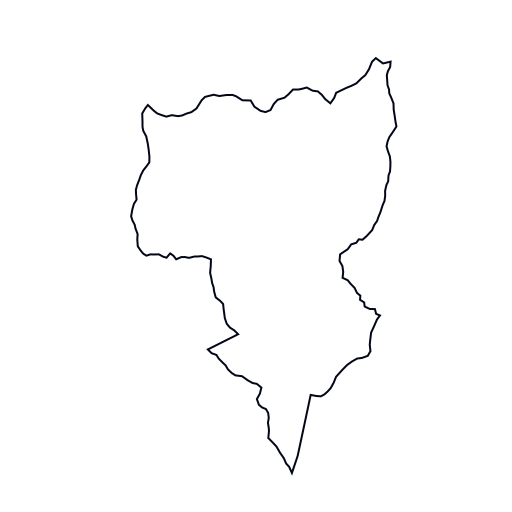 Águas de Santa Bárbara, São Paulo, Brazil (Mercator projection), rotated 7°
{"feature_id": "56859067B70027359191444", "entity_name": "Águas de Santa Bárbara", "entity_type": "district", "adm_level": 2, "iso_a3": "BRA", "parent_name": "Brazil", "parent_adm1": "São Paulo", "projection": "mercator", "projection_center": [-49.26, -22.879], "detail": "fine", "context": "isolated", "style": "outline", "palette": "ink", "viewbox_px": 512, "rotation_deg": 7, "n_neighbors": 0, "source": "geoboundaries", "source_scale": "gbopen_adm2", "svg_char_len": 2825}
<svg xmlns="http://www.w3.org/2000/svg" viewBox="0 0 512 512"><g transform="rotate(7 256 256)"><path d="M365.9,46.7L358.6,49.4L350.8,45.0L347.5,49.0L345.4,56.8L342.5,63.1L339.2,66.6L334.6,72.4L329.9,75.5L325.1,78.2L315.7,84.2L314.3,89.7L311.2,95.4L305.5,91.8L301.8,88.1L297.4,85.1L291.9,85.0L285.9,82.6L281.9,84.2L278.3,85.5L272.4,86.3L268.5,91.6L265.0,95.4L258.4,98.3L255.1,103.0L252.6,109.4L247.9,112.0L242.9,111.4L236.2,108.0L231.8,102.3L223.5,103.1L216.8,99.9L213.1,99.0L206.6,99.9L200.1,101.7L194.3,101.1L186.0,104.3L183.1,108.0L178.9,116.9L174.3,121.1L169.7,123.1L165.6,125.5L161.7,126.7L155.2,126.5L150.0,128.6L144.5,127.5L140.5,126.5L136.8,124.2L130.3,119.3L128.1,122.9L125.7,128.4L126.9,136.0L127.6,141.6L128.8,145.4L132.5,150.7L135.0,158.0L136.6,163.9L138.1,170.4L138.7,176.1L136.4,180.3L133.7,184.7L131.9,189.6L130.7,195.1L129.4,200.1L128.7,204.9L129.4,209.2L130.6,214.6L128.5,219.1L127.6,224.8L127.2,231.8L129.1,235.9L131.8,239.8L133.1,243.5L135.8,248.6L136.2,254.4L137.5,260.8L141.0,264.8L143.9,267.5L147.2,269.0L150.9,267.3L154.6,266.9L159.4,266.2L163.9,268.0L167.4,268.6L170.5,263.9L174.0,265.8L177.2,269.0L181.9,266.2L185.4,265.7L189.8,266.0L194.7,264.1L198.6,263.5L202.4,262.7L206.7,263.5L211.7,264.8L212.3,271.5L212.5,278.3L214.3,283.3L215.8,288.3L217.6,291.9L218.9,296.7L221.1,302.0L225.9,304.9L229.2,307.6L230.3,312.5L231.3,316.3L232.6,321.4L235.2,326.8L238.8,330.2L243.5,332.5L247.8,335.8L219.6,354.6L223.8,357.9L228.8,359.0L231.5,362.4L236.2,366.1L239.2,368.3L242.0,372.0L246.2,375.1L250.1,377.0L256.7,377.0L263.2,380.5L268.1,382.5L272.4,382.8L277.4,386.0L276.6,392.2L274.3,397.9L277.0,403.3L280.5,405.6L284.5,406.7L287.2,410.3L288.4,415.2L288.2,420.2L289.4,424.3L290.2,428.0L290.4,435.2L294.6,438.5L299.6,442.7L303.7,448.2L308.2,453.2L311.2,458.3L314.6,461.2L318.1,467.0L321.7,449.4L324.5,418.1L327.2,387.2L332.8,387.6L337.4,387.4L340.7,385.1L343.5,381.9L346.2,378.1L348.5,372.4L350.2,366.1L355.5,358.6L359.5,353.3L364.0,349.1L368.8,345.5L373.7,344.2L379.1,341.5L381.2,336.5L379.7,330.2L379.6,324.7L379.6,318.0L381.8,311.1L383.8,304.3L386.3,299.9L382.3,298.8L380.5,294.2L375.4,294.7L370.0,292.9L369.0,288.9L364.6,286.8L364.4,282.7L360.7,280.3L357.8,275.7L353.3,272.1L350.0,268.9L344.6,267.1L344.5,261.2L343.0,255.5L339.5,250.7L339.3,244.1L342.5,241.3L346.2,238.1L349.1,232.8L353.9,230.7L356.0,226.9L359.7,226.9L363.5,222.6L368.1,216.2L369.6,210.8L371.9,206.5L372.8,202.2L374.2,197.1L375.5,190.2L376.8,185.7L376.9,180.7L376.2,175.5L376.8,169.6L378.1,165.8L377.7,160.1L378.7,155.7L378.5,151.5L378.0,146.4L376.8,141.0L373.9,135.3L372.2,131.1L372.7,126.1L373.9,121.6L375.8,118.1L377.7,114.3L379.6,110.3L378.1,105.7L376.4,99.4L374.8,93.9L373.9,87.8L370.6,81.8L368.5,78.4L367.7,74.4L365.7,70.4L364.8,65.6L363.8,60.6L364.4,56.6L366.1,52.1L365.9,46.7Z" fill="none" stroke="#020617" stroke-width="2"/></g></svg>